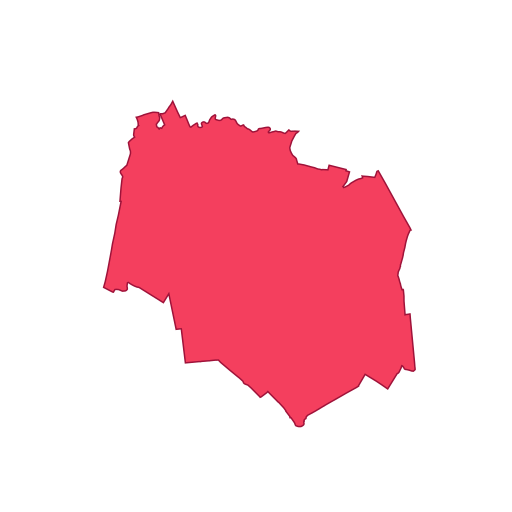 outline of Andrid, Satu Mare, Romania, rotated 244°
{"feature_id": "2599482B72200274127305", "entity_name": "Andrid", "entity_type": "district", "adm_level": 2, "iso_a3": "ROU", "parent_name": "Romania", "parent_adm1": "Satu Mare", "projection": "albers", "projection_center": [22.373, 47.533], "detail": "fine", "context": "isolated", "style": "filled", "palette": "rose", "viewbox_px": 512, "rotation_deg": 244, "n_neighbors": 0, "source": "geoboundaries", "source_scale": "gbopen_adm2", "svg_char_len": 6101}
<svg xmlns="http://www.w3.org/2000/svg" viewBox="0 0 512 512"><g transform="rotate(244 256 256)"><path d="M305.5,361.5L301.9,358.4L302.6,357.2L304.4,353.9L304.5,353.7L304.6,353.0L306.1,351.2L306.8,350.1L307.6,349.2L309.6,347.4L312.6,343.8L313.5,342.9L313.6,342.7L315.9,340.1L316.7,339.2L319.8,335.0L320.4,333.9L324.8,334.6L325.3,334.8L326.0,334.8L327.0,334.6L330.4,333.1L331.8,333.0L333.1,332.9L335.7,333.0L338.0,333.6L338.8,334.0L342.7,337.7L343.7,338.6L344.2,339.3L347.0,343.1L348.1,344.8L348.7,345.6L348.7,346.4L349.1,348.2L349.4,348.9L350.9,346.2L351.8,344.3L352.7,342.2L353.0,341.8L353.5,341.4L354.9,340.8L353.7,337.3L353.4,336.1L353.4,335.9L354.1,335.0L356.1,333.3L356.8,332.5L357.3,331.8L358.0,330.3L358.3,330.0L359.5,328.7L359.7,328.4L359.8,328.1L359.9,327.0L360.2,325.7L360.4,325.0L360.6,323.7L360.9,322.0L361.1,321.6L361.3,321.4L361.5,321.3L361.9,321.4L362.2,321.6L363.0,323.6L363.2,324.1L363.5,324.3L363.9,324.5L364.4,324.6L365.1,324.5L366.0,324.0L366.4,323.3L366.8,322.4L367.3,320.9L367.6,319.7L368.4,316.6L368.9,315.3L369.1,314.8L369.1,314.1L369.0,313.8L368.2,312.8L368.0,311.9L368.0,311.2L368.4,309.1L368.8,307.5L369.1,307.3L369.6,306.9L372.1,305.8L373.3,305.0L373.6,304.7L373.9,304.2L374.2,304.0L375.6,303.4L376.3,303.1L377.5,302.3L378.9,302.4L379.3,302.2L379.4,301.9L379.4,300.6L379.4,299.7L379.5,299.4L379.6,299.0L380.7,298.3L382.0,297.6L383.3,297.1L387.1,297.0L387.7,296.7L388.3,296.4L388.6,296.0L389.1,295.4L389.4,294.9L389.5,294.0L390.0,293.4L390.3,293.3L391.7,292.7L392.0,292.5L392.6,291.9L393.1,291.3L394.0,288.5L394.2,287.7L394.3,287.1L394.2,286.6L394.1,286.0L393.7,285.3L393.5,284.2L393.5,283.7L393.6,283.2L393.9,282.5L394.4,281.7L394.8,281.3L395.6,280.4L396.2,279.8L396.6,279.5L396.9,279.5L397.7,279.7L399.6,281.2L399.8,281.2L400.3,281.3L400.7,281.2L400.9,280.8L400.7,278.8L400.5,277.4L400.2,276.6L399.4,275.3L398.8,274.2L397.7,273.0L397.4,272.8L397.0,272.3L396.6,271.5L396.5,271.2L396.6,270.4L396.8,269.9L397.0,269.6L397.3,269.3L398.5,268.8L398.9,268.5L399.1,268.3L399.5,267.7L399.6,267.4L399.7,267.0L399.6,266.0L399.4,265.4L398.8,264.9L396.5,264.7L396.0,264.6L395.8,264.4L395.6,263.9L395.6,263.4L395.7,262.8L396.1,261.9L396.5,261.4L396.8,261.1L397.4,260.7L397.9,260.6L398.2,260.6L398.7,260.7L399.3,261.2L399.6,261.3L401.3,261.3L401.4,260.5L401.0,257.0L400.5,254.5L400.4,254.1L400.5,253.8L400.6,253.6L400.8,253.5L401.2,253.3L404.1,253.4L408.4,253.7L413.4,254.0L413.5,249.0L413.6,248.6L419.7,248.6L431.6,249.0L429.4,245.9L427.7,242.6L427.2,242.0L424.5,237.1L424.8,234.3L425.0,234.1L425.3,233.4L425.7,232.6L425.7,232.3L425.4,232.0L413.9,231.4L413.7,230.2L413.4,229.3L413.1,228.6L412.6,227.9L412.1,227.2L413.2,226.1L413.2,225.8L413.1,225.4L412.6,224.7L413.0,224.4L414.6,224.2L415.5,223.5L415.9,223.5L416.2,223.6L418.4,224.3L418.8,224.3L418.2,224.5L419.0,225.9L420.0,228.1L420.5,228.7L422.0,229.8L422.4,230.0L424.8,230.4L426.9,231.1L427.5,231.3L429.1,228.8L430.0,227.1L430.4,226.2L430.8,224.5L432.1,217.0L432.1,215.6L432.6,211.8L432.8,210.6L433.2,209.2L431.8,209.2L430.6,209.1L428.2,208.7L426.8,208.2L425.7,207.7L425.2,207.6L424.7,207.7L424.7,207.1L424.3,206.2L423.8,205.5L423.5,205.1L423.2,204.6L423.2,204.1L423.2,203.5L423.4,202.9L423.6,202.4L418.5,199.1L417.8,198.9L416.0,199.0L415.5,195.7L414.9,193.7L414.5,192.3L413.8,191.0L408.1,189.5L407.1,189.3L405.6,189.2L404.8,188.9L403.9,188.5L403.0,188.0L402.3,187.4L394.2,179.7L393.8,178.2L393.4,176.8L393.0,175.7L392.6,174.2L392.2,172.1L391.8,171.4L391.1,170.9L390.2,170.7L388.7,170.8L386.7,171.1L386.1,171.0L385.6,170.9L385.2,170.6L384.2,169.5L376.3,164.5L364.8,157.7L364.2,158.7L352.9,150.1L345.7,144.2L338.4,139.1L329.8,132.3L324.7,128.7L319.0,124.5L307.3,115.8L299.1,109.3L294.6,105.3L286.4,111.4L286.0,112.0L287.7,114.4L287.3,115.7L286.0,117.9L285.3,118.5L283.0,120.5L282.4,122.0L282.0,123.0L281.9,123.7L282.0,124.6L282.5,125.7L282.8,125.9L283.7,126.3L285.6,126.9L288.1,128.6L288.3,128.8L288.2,129.7L287.9,129.9L286.4,130.7L284.3,132.1L282.4,133.5L280.2,135.5L279.9,135.9L279.7,136.4L278.6,137.4L254.7,152.3L260.3,161.1L225.1,152.1L223.4,156.9L223.2,156.9L190.9,145.7L186.1,158.4L185.4,159.8L185.1,161.0L182.6,167.4L182.1,168.5L182.0,169.0L180.3,173.7L178.9,176.7L178.0,176.9L175.8,177.6L165.1,182.3L155.7,186.6L153.9,187.5L149.6,189.2L148.9,189.4L147.6,189.2L146.8,189.4L146.3,189.6L145.9,189.9L145.2,190.5L143.8,191.9L143.4,192.2L142.9,192.4L141.6,192.9L139.7,193.7L127.6,197.8L127.2,197.8L127.1,198.8L128.1,204.0L128.5,206.0L129.0,207.2L115.0,211.9L114.4,212.3L110.7,213.4L107.4,214.4L103.9,215.0L103.6,214.8L103.3,214.8L96.8,216.1L96.7,215.9L95.7,215.7L95.2,216.6L90.1,217.4L88.7,217.5L87.9,217.4L86.8,217.3L85.9,217.5L84.8,218.6L84.4,219.0L84.0,219.6L83.2,221.2L83.0,221.8L83.0,222.8L83.0,223.1L83.3,224.6L83.7,225.2L84.0,225.5L84.7,225.8L85.6,226.0L86.4,226.9L86.7,226.7L87.7,227.7L88.0,228.9L88.0,229.6L89.4,230.6L90.2,232.6L90.6,241.2L91.7,253.8L92.8,271.2L93.2,276.7L93.8,288.6L94.1,291.2L94.5,291.3L101.8,302.2L90.7,309.3L85.4,312.4L78.8,316.1L88.4,331.3L88.4,332.4L88.8,333.5L91.6,337.1L93.5,339.0L92.9,339.5L90.9,339.9L89.6,339.9L88.7,340.4L87.9,341.6L87.2,342.5L86.6,343.2L86.1,343.8L84.4,345.5L83.5,347.0L84.1,349.1L84.3,349.3L86.1,350.0L86.5,350.1L90.8,351.8L131.8,367.2L136.4,369.0L136.6,368.4L136.8,367.6L137.7,364.9L137.8,364.2L150.5,369.2L152.6,370.2L155.1,371.4L161.0,373.6L161.5,373.5L161.6,372.5L162.1,372.5L165.4,373.0L166.7,373.3L167.1,373.4L167.6,373.6L169.6,373.8L172.4,374.4L175.1,374.8L176.1,374.8L177.0,375.3L178.1,376.1L179.1,376.7L179.6,377.2L181.5,379.5L182.0,380.0L182.6,380.4L183.5,381.4L184.6,381.8L185.2,382.5L190.0,386.8L192.1,388.5L194.3,390.0L198.4,393.5L201.8,396.0L204.1,397.9L205.3,399.0L206.2,399.8L207.0,400.5L209.1,402.7L209.4,403.1L211.3,405.4L211.6,406.0L211.7,406.3L211.5,406.7L214.1,406.7L226.8,405.9L264.6,404.1L279.0,403.2L279.0,401.8L278.7,401.5L278.1,400.9L276.9,399.8L274.6,397.2L278.5,391.2L281.1,386.7L281.3,386.5L279.5,386.1L279.6,384.5L280.2,381.9L280.3,379.0L279.9,373.6L279.6,372.2L279.0,370.3L278.9,366.3L279.1,364.8L280.4,364.6L280.5,365.1L283.2,370.2L290.6,376.9L293.2,374.2L294.2,374.9L305.5,361.5Z" fill="#f43f5e" stroke="#9f1239" stroke-width="1.5"/></g></svg>